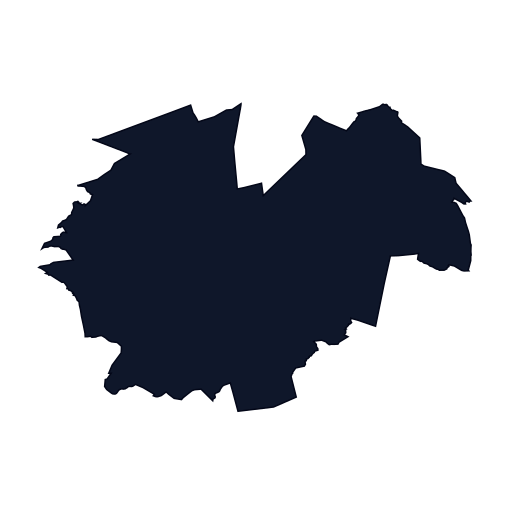 the district of Tolimán, Querétaro, Mexico, rotated 267°
{"feature_id": "50627088B20666054453423", "entity_name": "Tolimán", "entity_type": "district", "adm_level": 2, "iso_a3": "MEX", "parent_name": "Mexico", "parent_adm1": "Querétaro", "projection": "equal_earth", "projection_center": [-99.936, 20.913], "detail": "fine", "context": "isolated", "style": "filled", "palette": "ink", "viewbox_px": 512, "rotation_deg": 267, "n_neighbors": 0, "source": "geoboundaries", "source_scale": "gbopen_adm2", "svg_char_len": 5966}
<svg xmlns="http://www.w3.org/2000/svg" viewBox="0 0 512 512"><g transform="rotate(267 256 256)"><path d="M101.9,229.9L104.3,265.7L113.0,288.8L133.8,284.7L136.6,285.9L137.0,286.5L138.1,286.6L142.1,289.8L143.0,295.2L143.5,298.5L145.3,299.7L148.3,299.4L148.7,300.6L149.4,300.9L150.6,300.9L150.6,301.7L150.9,302.6L151.6,303.1L151.9,303.8L152.9,303.8L153.3,304.5L153.2,305.5L154.0,306.4L155.0,307.0L155.9,308.0L156.7,309.2L157.8,309.4L158.7,312.9L160.2,312.9L162.2,311.6L164.6,311.6L165.5,311.0L167.5,309.1L168.0,310.3L168.5,317.1L166.6,321.4L165.1,322.7L163.6,324.5L163.9,326.6L163.7,330.1L163.7,333.2L165.6,334.4L170.6,343.6L172.0,341.1L172.5,340.1L173.5,340.5L174.6,341.6L177.4,341.6L177.9,340.8L178.4,341.7L178.4,342.3L179.6,341.7L180.3,342.9L182.0,344.7L182.5,344.5L183.3,345.0L183.0,345.9L183.8,347.2L184.6,348.0L186.2,347.1L188.9,347.5L188.7,347.8L186.6,354.3L181.2,367.6L179.6,371.7L183.1,372.6L187.4,373.7L222.2,382.7L241.9,388.2L249.1,390.2L248.9,398.1L249.6,414.1L250.1,418.4L244.3,417.2L242.4,419.4L242.0,420.3L242.1,421.5L240.1,423.4L239.4,425.9L238.5,427.7L237.0,429.0L236.0,431.7L234.1,434.5L233.4,435.8L233.1,437.3L232.2,438.3L232.0,443.2L233.2,445.9L234.4,446.3L235.4,448.1L236.1,448.1L236.6,447.5L237.2,448.1L235.6,453.6L231.0,460.4L230.7,461.1L230.2,463.0L230.1,467.7L230.8,467.2L240.1,470.2L245.0,470.5L245.5,470.9L249.2,470.8L253.1,471.1L255.8,471.4L256.9,470.9L258.2,470.7L266.0,470.1L267.5,469.8L269.4,469.4L274.5,468.0L278.7,466.9L283.1,466.2L285.5,464.7L295.7,460.0L298.1,458.7L299.2,456.5L299.4,454.4L301.1,455.3L302.1,456.5L303.3,456.8L298.7,464.3L297.2,466.1L297.1,466.8L297.7,466.5L297.3,467.9L298.2,467.6L299.5,468.8L299.7,469.0L299.5,469.8L299.2,470.4L298.7,471.7L299.7,472.5L299.7,473.5L306.0,468.8L307.8,467.4L310.4,465.5L318.2,459.6L320.8,459.1L323.8,458.6L327.3,453.8L330.9,448.7L331.0,448.3L331.7,446.1L332.2,444.4L332.7,442.6L333.3,440.6L333.7,439.3L334.4,437.1L335.1,434.6L335.2,434.4L337.0,428.5L337.3,428.1L339.2,425.5L343.2,425.6L365.3,425.7L377.0,414.2L377.3,413.8L378.4,412.3L378.8,411.9L381.2,408.5L381.5,408.2L382.3,408.2L383.0,408.5L386.0,405.9L386.8,405.3L387.7,404.8L388.8,404.5L390.5,404.9L392.2,405.2L392.6,404.8L392.7,404.3L392.8,404.0L392.9,403.6L393.1,403.3L393.1,403.2L393.6,402.5L393.7,402.2L394.4,400.8L394.2,400.3L394.3,399.8L394.3,399.7L394.2,399.5L395.0,399.0L395.5,398.2L397.4,397.5L397.1,397.2L398.0,396.1L399.2,395.3L400.0,394.8L399.8,394.3L400.0,393.8L400.5,393.8L400.3,392.3L400.9,391.1L400.9,390.4L398.7,387.3L396.0,377.5L396.0,376.8L395.4,374.6L395.4,373.9L394.7,370.7L394.5,370.4L394.5,370.2L393.3,365.0L393.2,365.1L392.1,365.7L391.6,366.1L391.3,366.3L390.2,365.4L389.3,364.7L388.9,364.3L388.8,364.1L388.5,363.9L387.7,363.3L386.7,363.1L385.3,362.2L385.1,361.1L384.7,360.7L383.9,359.9L383.1,359.2L382.5,358.7L382.4,358.6L380.2,356.8L380.1,356.7L378.8,355.4L378.1,354.5L377.7,354.2L376.3,352.9L378.6,347.9L379.4,346.1L379.9,345.2L383.2,338.4L384.1,336.4L384.2,336.1L385.1,334.3L386.5,331.5L386.8,331.0L388.6,328.6L388.9,328.3L392.5,323.5L392.7,321.1L374.0,308.1L359.7,311.4L354.6,311.2L315.9,266.4L321.3,265.9L328.4,265.3L328.1,264.0L324.9,247.6L323.9,240.8L329.6,240.6L351.4,239.7L366.3,239.2L402.9,247.8L403.0,247.9L405.0,248.3L407.3,248.8L408.7,249.0L408.9,249.0L403.5,239.9L403.3,234.1L397.2,221.8L393.0,205.3L396.9,203.6L400.3,201.8L402.1,200.6L410.1,198.6L403.8,178.7L387.0,125.1L380.6,104.7L381.1,98.5L365.9,132.7L365.0,134.2L364.5,135.8L363.6,134.1L357.4,122.5L355.8,119.5L349.3,115.6L348.4,114.1L345.3,108.8L341.9,103.5L340.9,102.1L335.9,82.4L335.9,81.8L335.4,81.8L335.1,82.7L335.1,83.9L334.7,86.4L334.5,87.9L333.6,89.2L332.5,89.8L331.1,90.1L329.1,91.2L328.6,92.3L327.9,93.4L326.7,93.8L326.2,94.8L325.9,96.0L324.8,95.6L319.8,93.6L317.1,90.4L315.2,88.1L316.4,88.1L316.9,87.5L316.9,86.6L316.1,85.6L316.4,84.1L317.3,83.1L317.8,83.6L317.8,81.3L318.3,80.9L318.8,81.9L319.3,81.6L319.3,80.7L319.8,80.7L319.3,79.2L319.5,78.3L319.5,78.2L319.2,77.4L318.0,76.1L316.1,76.4L314.0,76.6L312.5,76.1L309.1,74.2L307.0,74.0L305.6,71.0L302.6,68.8L301.9,67.6L301.0,64.6L299.7,63.6L297.3,60.4L294.5,59.5L295.0,61.1L294.8,62.3L295.5,62.9L295.5,64.8L292.4,66.4L289.2,68.1L289.2,67.4L289.7,66.7L289.7,66.0L289.9,64.8L289.2,63.6L287.8,62.1L286.7,62.2L286.2,61.9L285.9,61.6L285.8,55.2L285.0,54.3L283.1,53.8L281.5,51.8L279.7,45.5L274.5,42.6L275.6,44.5L275.8,46.8L275.8,48.8L276.7,50.5L276.7,52.5L275.9,55.3L275.8,59.3L274.8,61.1L273.7,61.7L272.9,63.3L272.7,64.8L271.9,66.7L261.5,73.2L260.2,53.5L258.9,50.7L258.0,49.9L257.9,48.6L256.9,40.0L255.9,38.5L255.0,40.6L250.6,46.8L249.6,45.0L248.7,47.5L247.7,48.1L247.9,49.6L239.9,60.8L239.9,62.3L239.4,63.2L235.1,66.0L233.3,65.4L233.1,66.7L231.7,67.3L231.6,67.9L230.5,70.1L229.7,70.4L229.2,71.6L228.2,71.0L227.5,72.3L226.4,71.6L226.0,72.9L225.5,73.5L222.5,74.8L221.4,75.0L219.5,76.9L216.0,77.1L211.7,77.9L207.6,78.3L204.8,78.6L196.2,80.0L187.8,81.2L184.3,81.2L184.2,83.4L184.5,86.6L183.4,87.8L183.5,91.8L184.1,93.4L184.6,96.1L184.5,98.0L182.0,101.6L181.0,102.5L180.5,103.2L179.7,104.0L179.0,104.9L177.9,107.2L177.6,108.9L177.3,110.7L176.9,112.9L172.9,116.9L169.8,116.7L166.3,116.3L154.5,106.6L146.6,102.8L146.5,105.2L140.9,100.8L140.5,99.0L133.6,98.0L130.5,99.9L126.5,104.6L125.8,105.8L125.5,108.0L126.1,109.4L127.5,110.6L129.1,111.8L130.0,113.4L130.5,115.6L130.0,116.2L130.2,118.4L130.6,119.0L131.2,120.3L132.2,121.6L132.4,122.3L132.3,123.3L132.2,125.0L132.3,125.5L132.4,126.1L134.1,128.9L130.5,136.3L124.7,145.1L123.2,147.3L121.8,146.1L120.9,148.1L120.6,149.8L120.7,150.9L121.0,151.9L121.4,153.7L122.2,155.1L124.8,158.9L124.8,159.4L122.5,161.6L118.1,166.8L116.5,174.1L118.3,175.8L121.8,180.6L124.8,184.9L125.5,187.0L125.6,187.4L125.7,188.2L125.9,194.2L125.1,194.9L113.7,205.2L115.4,205.6L116.2,207.1L116.6,207.7L117.8,207.9L118.7,207.5L120.0,207.6L120.5,207.8L120.9,208.1L121.1,208.5L121.8,210.5L122.3,211.7L122.6,212.1L123.3,212.7L124.7,213.3L127.8,215.7L128.8,217.6L129.5,220.1L130.6,223.7L121.3,225.8L101.9,229.9Z" fill="#0f172a" stroke="#020617" stroke-width="1.5"/></g></svg>